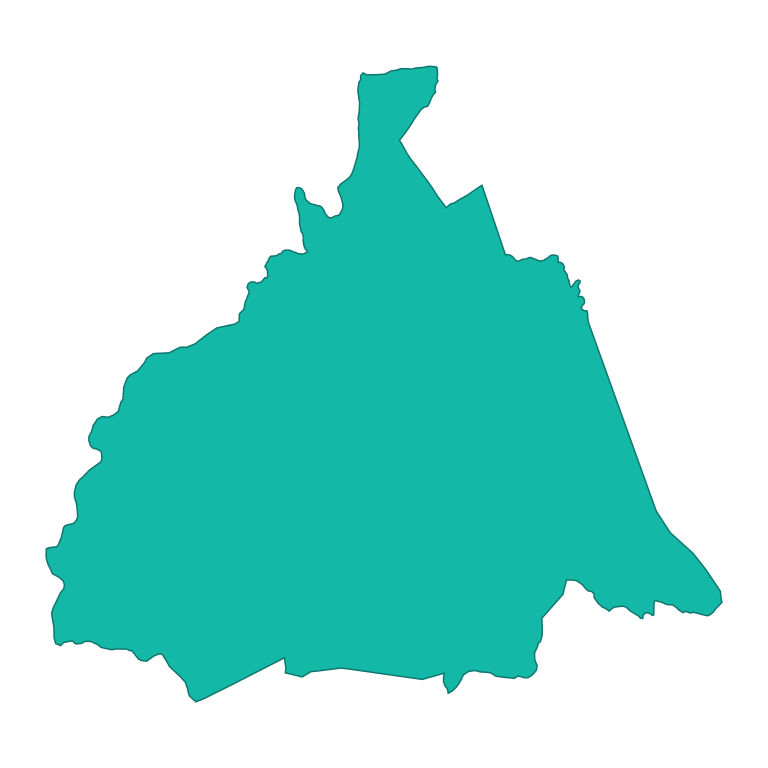 Santiago Amoltepec, Oaxaca, Mexico
{"feature_id": "50627088B22821313944605", "entity_name": "Santiago Amoltepec", "entity_type": "district", "adm_level": 2, "iso_a3": "MEX", "parent_name": "Mexico", "parent_adm1": "Oaxaca", "projection": "equal_earth", "projection_center": [-97.519, 16.649], "detail": "fine", "context": "isolated", "style": "filled", "palette": "teal", "viewbox_px": 768, "rotation_deg": 0, "n_neighbors": 0, "source": "geoboundaries", "source_scale": "gbopen_adm2", "svg_char_len": 6030}
<svg xmlns="http://www.w3.org/2000/svg" viewBox="0 0 768 768"><path d="M202.7,699.2L229.7,685.8L284.4,657.8L285.2,663.6L285.9,668.4L285.3,672.8L302.3,676.9L311.1,671.6L316.6,671.1L340.7,668.1L347.4,668.8L422.3,679.4L444.1,673.2L443.6,677.4L443.5,681.8L444.9,685.6L447.5,689.1L448.2,693.3L452.5,690.8L455.9,687.6L459.2,683.1L461.2,679.7L463.2,675.2L466.0,673.0L468.9,671.4L474.0,670.6L476.4,670.8L480.1,671.9L485.6,672.2L490.5,672.8L495.9,676.2L500.7,676.9L506.0,677.5L511.8,678.0L514.1,678.4L518.2,676.0L524.6,677.8L528.0,677.7L531.5,675.5L534.2,672.9L536.5,670.0L537.1,665.6L534.8,659.7L534.6,656.4L534.6,652.8L537.4,647.0L538.3,643.5L540.1,641.9L541.5,638.5L542.2,634.6L542.2,629.2L542.1,624.8L541.8,618.3L562.9,594.4L566.5,580.0L574.1,580.1L576.9,580.9L579.0,582.4L582.6,584.8L586.0,589.1L588.0,590.8L591.9,591.6L594.2,594.3L594.1,597.5L595.8,600.0L598.4,603.6L600.6,605.3L602.4,607.2L605.4,608.4L609.2,611.1L611.9,608.5L614.6,607.1L619.1,606.5L623.0,606.2L625.8,607.0L627.7,608.5L629.6,610.4L632.2,612.2L638.7,616.0L640.3,618.1L642.8,618.5L643.0,615.5L644.8,613.4L647.8,612.7L650.6,613.9L652.2,615.4L653.7,615.0L654.0,603.7L654.8,600.5L662.7,602.5L665.4,604.0L667.8,604.7L672.5,604.8L676.2,607.4L678.9,610.0L683.2,612.7L685.5,611.3L690.2,613.0L694.0,612.3L701.1,614.3L704.5,615.1L707.7,615.8L710.0,614.7L713.1,612.3L715.6,608.9L718.1,606.3L721.1,603.2L721.9,602.6L720.8,596.3L720.4,591.3L705.8,569.5L693.0,553.3L670.3,532.8L656.2,511.0L588.5,322.6L587.8,318.6L587.7,314.5L587.0,310.8L585.3,310.9L583.8,310.5L582.4,309.5L581.3,308.4L581.7,306.8L582.6,305.2L584.0,303.9L584.4,302.9L584.4,301.0L584.2,299.2L583.1,297.6L581.9,296.6L580.2,296.4L579.2,297.0L578.3,296.8L578.2,295.6L579.2,293.5L580.0,291.1L578.2,287.3L578.1,285.9L578.6,284.6L579.9,283.0L580.0,280.8L578.5,280.0L575.9,281.2L573.7,284.2L572.1,286.4L571.0,287.0L570.0,285.8L569.6,283.7L569.2,282.4L569.1,280.7L568.0,278.9L567.5,277.3L567.3,275.0L565.1,271.5L564.0,270.1L563.6,269.4L564.4,267.7L563.9,265.7L562.7,263.6L560.8,262.5L559.3,262.1L558.3,262.4L558.0,261.0L558.3,259.0L557.9,256.3L556.3,255.4L554.4,255.1L552.5,255.0L551.0,255.4L549.6,256.2L548.1,257.8L546.7,258.4L545.2,259.3L544.1,260.3L543.0,260.4L541.4,261.0L539.9,260.9L538.6,260.7L535.9,259.5L530.4,257.4L528.1,258.0L525.9,259.1L522.6,259.2L519.5,260.8L516.4,261.1L513.9,258.3L512.2,256.3L509.0,254.7L505.4,254.8L482.0,185.3L480.7,186.0L467.1,195.3L463.9,197.1L461.7,198.3L459.7,199.4L454.8,202.6L452.6,203.5L450.7,203.8L448.4,205.8L446.2,207.6L441.2,201.1L437.0,195.4L432.8,188.6L428.5,182.5L415.4,165.0L410.7,159.0L406.7,153.0L404.1,148.1L401.6,143.6L399.4,140.5L408.9,127.8L415.5,117.3L421.2,109.4L424.3,107.1L427.6,106.3L429.3,103.4L430.0,101.6L431.1,98.7L432.5,96.1L433.6,94.3L435.5,92.3L434.9,89.3L435.6,84.8L436.6,83.3L438.0,81.0L437.1,79.1L437.3,76.7L437.6,73.9L437.3,70.7L437.2,68.0L436.1,66.8L434.8,66.7L432.5,66.6L429.5,66.2L424.5,67.1L422.1,67.5L418.9,67.7L415.0,68.2L411.0,69.2L408.0,68.7L401.0,68.7L397.8,69.8L395.6,70.3L390.9,71.0L387.1,73.0L384.6,74.1L378.3,74.6L367.1,74.9L363.0,72.9L360.6,75.8L360.7,79.6L358.8,82.7L357.9,90.3L358.0,92.3L358.8,97.2L358.8,98.7L359.6,102.2L359.3,110.5L359.0,112.7L358.9,114.4L358.4,116.0L358.1,119.3L358.6,120.9L358.9,122.5L358.9,125.2L358.3,127.8L358.7,130.8L358.7,133.5L358.8,135.6L359.1,140.8L359.4,142.8L359.3,145.5L359.2,147.7L357.6,153.9L357.2,157.1L354.1,167.4L352.3,172.8L350.2,176.5L348.1,178.6L340.7,184.0L337.8,187.7L338.4,191.2L340.9,196.8L342.8,204.0L342.7,204.6L343.1,205.4L342.2,209.6L341.1,211.6L340.1,213.5L339.4,214.6L338.5,215.3L336.9,215.7L335.4,215.9L333.9,216.6L332.9,217.3L331.8,217.6L330.5,217.9L328.7,217.4L327.3,216.3L326.6,215.2L325.4,213.7L324.5,212.0L324.1,210.6L323.0,208.9L321.7,207.2L320.3,206.2L318.8,205.8L316.9,205.5L315.2,204.8L312.8,204.3L310.7,203.7L309.1,202.7L307.7,201.4L306.2,200.0L305.3,198.3L304.8,196.9L304.7,194.9L304.3,193.0L303.3,191.3L302.4,189.7L300.9,188.3L299.3,187.8L298.0,187.6L296.7,187.7L295.6,189.8L295.1,192.3L294.9,193.3L294.6,195.5L294.6,197.0L294.8,199.5L295.5,201.5L296.5,203.5L297.2,205.6L297.8,208.9L298.5,211.7L299.3,214.5L299.5,216.4L299.6,218.5L299.6,221.6L299.4,223.8L300.1,226.5L300.7,229.1L301.1,231.7L302.7,233.7L303.1,235.7L303.4,238.3L303.1,240.3L303.4,242.3L303.7,244.4L304.4,247.1L305.3,248.9L306.0,249.8L307.3,251.0L307.4,251.9L303.1,254.1L298.0,253.6L289.6,250.2L285.2,250.1L282.8,251.2L280.8,253.9L278.7,254.0L276.9,255.6L274.0,256.0L270.8,256.2L269.3,258.0L268.2,260.6L264.9,266.5L267.4,270.2L267.7,276.1L266.4,278.2L264.9,277.7L261.4,281.9L256.8,283.4L254.7,282.1L251.2,281.8L248.3,283.6L247.0,287.5L248.9,290.8L249.1,292.4L245.2,302.4L243.8,309.5L240.0,313.1L239.3,314.7L239.1,321.3L235.1,324.0L216.9,327.9L205.8,335.4L195.0,343.9L186.6,347.3L183.4,347.1L179.8,347.4L169.1,352.8L153.3,353.6L146.8,358.1L144.5,362.5L137.8,370.8L130.4,374.8L127.3,377.8L124.7,384.5L123.5,388.1L123.6,390.1L123.0,399.1L120.8,402.3L118.3,411.4L113.9,414.8L108.3,417.3L102.1,416.5L97.5,419.0L93.1,425.6L91.6,431.5L89.5,435.2L89.4,435.4L88.9,437.1L88.9,440.8L90.5,445.8L92.9,448.1L97.7,449.4L101.0,451.5L101.7,454.1L101.7,459.9L100.6,462.1L89.6,469.9L84.2,475.5L82.8,477.3L80.5,478.9L78.4,481.3L76.0,485.2L74.3,493.2L74.6,497.7L76.4,503.2L77.0,507.2L77.7,516.7L76.3,520.2L73.8,523.3L65.4,525.5L63.7,527.3L61.3,537.5L58.0,545.4L56.4,546.8L48.9,547.7L47.1,548.6L46.7,548.5L46.1,549.7L46.3,550.7L46.1,556.0L46.7,560.1L48.4,565.3L50.5,569.1L52.4,573.6L56.1,575.7L59.4,577.5L63.3,581.1L64.4,584.6L63.9,588.4L60.3,593.1L57.1,599.9L53.2,607.8L51.6,613.3L52.3,618.1L53.9,627.1L54.1,637.7L55.6,643.5L60.6,645.6L63.5,642.5L66.1,642.1L68.7,641.4L72.3,640.9L75.6,643.9L81.7,643.4L84.3,641.6L88.5,641.3L91.5,641.7L94.7,643.3L98.3,645.0L101.0,647.4L107.0,648.8L112.0,649.7L115.9,649.0L118.9,649.0L123.3,649.1L126.6,649.0L129.6,650.6L131.8,650.7L135.2,654.9L138.5,659.1L141.4,660.5L146.6,661.2L153.8,656.0L159.2,653.8L162.3,654.3L166.3,660.7L169.6,666.6L174.1,670.9L180.0,676.4L185.3,682.2L187.6,688.8L188.3,692.5L189.5,696.1L195.8,701.8L202.7,699.2Z" fill="#14b8a6" stroke="#0f766e" stroke-width="1.5"/></svg>